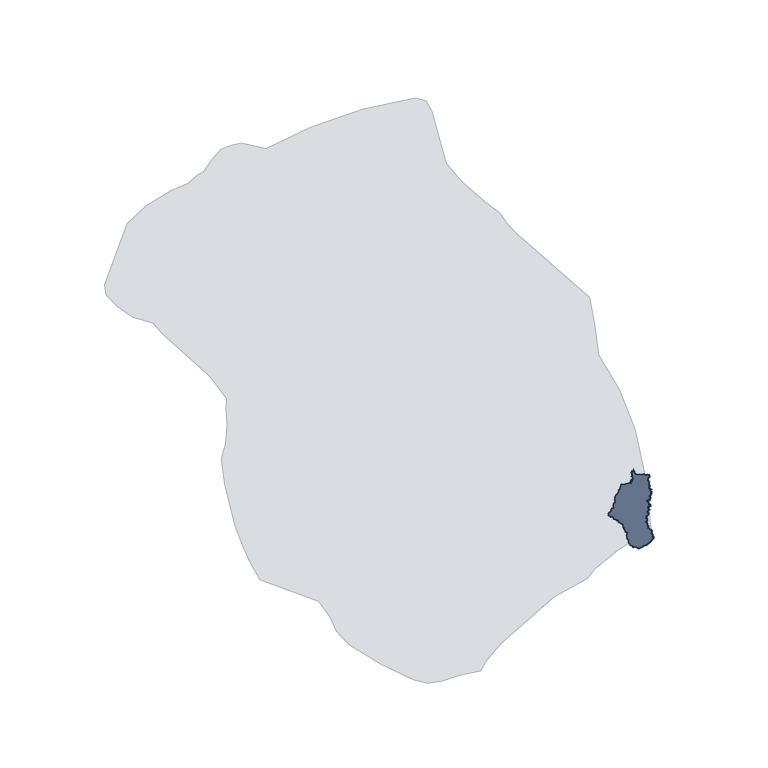 Ngoajane, Butha-Buthe, Lesotho (highlighted), rotated 100°
{"feature_id": "5366337B97344543067917", "entity_name": "Ngoajane", "entity_type": "district", "adm_level": 2, "iso_a3": "LSO", "parent_name": "Lesotho", "parent_adm1": "Butha-Buthe", "projection": "orthographic", "projection_center": [28.545, -28.658], "detail": "fine", "context": "in_parent", "style": "filled", "palette": "slate", "viewbox_px": 768, "rotation_deg": 100, "n_neighbors": 0, "source": "geoboundaries", "source_scale": "gbopen_adm2", "svg_char_len": 6710}
<svg xmlns="http://www.w3.org/2000/svg" viewBox="0 0 768 768"><g transform="rotate(100 384 384)"><path d="M509.9,523.8L487.9,530.7L484.8,531.3L470.7,529.7L451.9,531.4L437.1,535.2L425.7,536.6L407.0,556.7L373.2,610.8L364.2,622.1L361.8,643.3L354.0,660.1L344.4,673.3L335.0,676.5L306.8,671.4L270.6,664.9L249.4,648.8L230.6,627.5L220.5,612.0L210.1,603.6L206.5,598.8L191.7,591.8L186.1,588.1L181.2,585.5L175.1,575.2L171.5,566.2L172.7,541.2L162.1,526.3L144.0,501.0L132.4,480.3L116.7,451.9L106.9,427.6L96.8,402.5L97.9,391.6L107.2,384.0L134.6,371.0L155.8,360.9L171.0,342.7L187.4,315.6L195.4,299.4L203.5,291.9L212.3,280.4L227.6,255.0L244.7,226.8L263.0,196.5L286.4,187.6L318.4,177.3L349.0,150.8L385.6,128.5L444.9,104.3L472.5,98.2L483.0,94.7L489.7,99.2L496.7,113.0L506.8,124.6L530.1,144.7L540.0,149.6L564.0,179.4L589.7,199.9L619.2,223.6L639.3,235.4L649.6,238.7L658.0,259.6L666.5,275.1L671.2,289.6L670.2,303.7L660.6,338.1L646.8,373.3L635.8,387.9L622.5,397.1L609.4,410.9L604.3,439.2L598.3,472.4L581.4,486.1L568.2,495.0L550.0,506.0L509.9,523.8Z" fill="#d9dde1" stroke="#a8b0b8" stroke-width="1"/><path d="M500.4,112.4L500.2,112.1L500.6,111.0L500.7,110.4L501.1,110.3L501.6,110.5L501.7,110.0L501.1,109.2L500.9,107.1L501.9,105.1L502.1,104.7L502.0,104.4L500.9,103.1L500.7,102.6L500.6,102.2L500.0,102.0L499.7,101.4L499.6,101.2L499.4,100.8L499.2,100.8L499.1,101.0L499.1,100.5L499.0,100.3L498.9,100.2L498.7,100.4L498.5,100.1L498.3,100.1L498.0,99.7L497.9,99.3L497.5,98.9L497.6,98.6L497.0,98.0L497.1,97.8L496.9,97.4L497.1,97.2L495.9,96.5L495.9,96.3L495.7,96.1L494.8,95.8L494.7,95.5L494.6,95.1L494.4,95.0L494.0,95.0L493.8,94.4L493.2,94.0L492.7,93.9L492.9,93.7L492.5,93.4L492.2,93.4L491.9,93.7L491.2,93.1L491.0,92.8L490.9,92.9L490.2,92.7L489.9,92.4L489.8,92.5L489.7,92.3L489.3,92.0L489.4,91.9L489.4,91.6L489.1,91.7L488.6,91.6L488.4,92.0L488.2,91.9L488.3,92.2L487.7,92.2L487.7,92.4L487.6,92.6L487.8,92.7L487.6,92.9L487.5,92.7L487.2,92.8L487.1,92.7L487.0,92.8L486.3,92.8L486.1,93.1L486.2,93.6L486.1,93.3L485.8,92.8L485.4,93.2L485.2,93.9L484.9,93.7L484.7,93.9L484.8,94.7L484.7,94.9L484.0,94.8L483.7,94.4L483.5,94.6L482.4,94.2L482.1,94.3L482.0,94.7L481.6,95.0L481.5,95.7L481.3,95.8L481.4,96.0L481.1,96.5L480.9,96.4L480.9,96.8L480.8,97.2L480.2,97.9L480.0,98.1L479.8,98.5L479.8,99.1L478.7,98.5L478.4,98.7L478.5,98.9L478.0,98.9L478.2,99.3L477.6,99.3L477.6,100.0L477.1,100.1L476.9,100.0L476.3,100.4L476.0,100.2L475.8,100.1L475.4,100.4L475.1,100.5L475.2,100.8L475.0,101.1L475.0,101.3L474.9,101.3L474.8,101.6L474.5,101.6L474.3,102.2L474.0,102.1L473.8,101.7L473.5,101.7L473.4,101.2L473.0,101.4L472.7,100.8L472.4,101.0L471.9,101.1L471.3,100.9L471.1,101.0L470.6,102.7L470.2,102.7L470.2,102.0L469.8,101.8L469.2,102.1L468.7,102.2L468.4,102.7L468.2,102.5L468.4,102.0L468.0,101.7L467.6,101.2L467.4,101.1L467.0,101.2L466.3,100.9L465.7,100.5L465.3,100.9L465.2,101.7L464.7,101.4L464.5,101.8L464.0,101.9L464.1,102.5L463.7,102.5L463.7,102.0L463.5,101.8L462.5,101.7L462.3,101.0L461.8,100.5L461.6,101.0L461.0,101.5L460.8,102.0L460.7,102.1L460.2,101.8L459.7,101.7L459.5,101.9L459.6,102.1L460.0,102.4L459.6,102.7L459.1,102.7L458.9,102.6L458.8,102.4L459.0,102.1L458.9,101.7L458.8,101.4L458.4,101.3L458.4,100.6L457.9,100.0L457.1,100.8L456.9,100.8L456.3,100.5L456.2,100.7L456.4,101.0L456.2,101.8L456.6,101.9L457.0,101.8L457.1,102.0L456.6,102.4L456.0,102.3L455.4,102.5L455.2,102.6L455.5,102.8L455.4,102.9L454.7,103.2L454.1,103.2L454.0,103.7L453.3,104.0L453.8,104.6L453.7,104.9L453.0,104.6L452.5,104.0L452.5,103.6L452.2,103.4L452.3,102.9L452.6,102.4L452.6,102.0L452.3,102.0L451.7,102.5L451.3,102.0L451.2,101.6L450.9,101.4L450.7,101.5L450.9,101.8L450.5,102.1L449.3,101.5L449.0,101.9L449.0,102.3L448.9,102.9L448.4,103.3L448.2,103.0L447.7,102.6L447.4,102.0L446.9,101.9L446.9,102.3L446.7,102.3L446.3,102.3L446.1,101.9L446.1,101.5L445.8,101.4L445.6,101.5L445.0,101.3L444.8,101.4L444.7,101.9L444.4,101.8L444.6,102.1L444.4,102.5L443.6,102.5L443.5,102.1L443.2,102.3L443.0,102.5L442.7,102.6L442.6,102.3L442.6,102.5L442.4,102.7L442.4,102.8L442.1,103.2L441.7,102.8L441.8,103.3L442.3,103.4L442.2,103.6L441.8,103.6L441.4,103.2L441.1,103.1L441.1,103.5L440.9,103.9L440.9,104.7L440.4,105.2L439.9,105.0L439.8,104.6L439.5,104.8L439.5,104.5L439.3,104.5L439.2,104.7L438.9,104.8L438.8,105.3L438.6,105.3L438.5,104.8L438.2,104.8L438.4,104.3L438.2,104.2L437.8,104.7L437.9,105.2L437.6,105.5L437.4,105.5L437.5,105.1L437.3,104.9L436.9,105.1L436.4,106.0L436.2,105.9L436.2,105.7L435.4,105.7L435.0,105.4L434.5,105.5L433.9,106.1L433.6,107.0L433.4,107.1L433.4,106.8L433.2,106.7L432.7,107.1L432.3,107.1L431.9,107.6L431.3,107.2L430.9,107.5L430.2,107.4L430.1,107.2L430.0,107.3L429.8,107.1L429.9,106.8L429.7,106.7L429.7,106.1L429.4,106.0L429.1,106.0L428.9,106.2L428.0,106.7L427.6,106.6L427.3,107.0L427.7,107.2L427.8,107.7L427.6,108.2L427.3,108.4L427.3,108.9L427.6,109.5L428.1,110.0L428.2,110.3L428.2,110.5L427.9,110.5L427.8,111.2L428.0,111.3L427.8,111.9L427.8,112.3L427.5,112.5L427.8,113.2L428.2,113.5L428.6,115.5L428.5,116.1L428.7,116.6L428.6,116.9L429.0,117.9L429.2,119.3L429.0,120.2L428.6,121.1L427.1,121.8L426.1,122.8L425.2,123.3L426.6,123.6L426.4,123.9L426.5,124.1L426.9,125.0L427.5,124.9L428.4,125.2L428.5,124.9L428.3,124.6L429.0,124.8L429.2,124.6L429.2,124.3L429.8,124.0L430.3,124.2L430.6,123.7L431.3,123.6L431.5,124.0L432.0,124.3L432.0,123.9L432.8,123.1L433.0,122.9L433.4,122.9L433.6,122.5L433.9,122.3L434.7,122.6L434.6,123.1L435.6,123.9L435.7,123.7L435.6,123.3L436.1,123.2L436.1,122.9L436.6,122.8L436.7,123.6L436.9,123.9L436.8,124.1L437.0,124.4L437.2,124.2L437.3,124.2L437.3,123.7L437.6,123.2L438.5,123.6L438.8,123.6L438.5,124.2L438.8,125.4L439.4,125.9L439.8,127.5L440.6,129.0L441.3,130.0L441.4,132.3L441.7,133.1L446.3,133.5L447.1,133.8L447.7,134.6L448.2,134.6L449.1,134.3L450.6,134.7L451.1,135.0L451.7,135.2L453.1,136.3L455.5,137.0L456.6,137.0L457.0,136.8L458.0,136.8L458.3,136.6L458.6,136.1L459.8,136.2L460.6,136.0L460.9,136.4L461.7,137.2L464.3,137.2L465.4,136.6L465.8,136.6L466.6,136.9L466.9,138.1L468.2,138.6L468.8,138.6L469.5,138.3L471.0,139.4L471.8,140.3L472.5,140.7L473.0,140.3L473.5,140.2L474.4,140.3L474.7,139.6L474.8,138.8L475.8,137.6L475.6,137.2L475.0,136.8L475.2,135.5L475.7,135.0L477.0,134.6L477.3,134.2L477.1,133.1L477.3,132.0L477.7,131.4L478.2,131.2L477.7,129.6L479.0,129.3L479.2,128.9L479.7,128.5L479.5,127.9L479.9,126.8L480.7,126.1L480.6,124.9L481.2,124.3L482.8,123.9L483.1,123.6L483.7,123.7L484.1,123.2L484.3,122.5L484.9,122.7L485.8,121.8L486.1,121.7L486.3,121.3L487.4,120.9L487.9,120.6L487.9,119.0L488.3,119.1L488.6,118.9L488.8,118.5L490.9,119.0L491.2,118.7L492.5,118.3L492.8,118.0L493.4,118.1L494.5,117.5L495.3,116.3L495.9,116.1L496.4,116.1L497.7,115.6L498.3,115.1L499.0,114.2L500.0,113.6L500.2,113.2L500.4,112.4Z" fill="#64748b" stroke="#1e293b" stroke-width="1.5"/></g></svg>